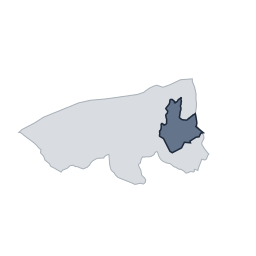 Gbapolu on a map of Liberia (orthographic projection), rotated 130°
{"feature_id": "LBR-1459", "entity_name": "Gbapolu", "entity_type": "County", "adm_level": 1, "iso_a3": "LBR", "parent_name": "Liberia", "parent_adm1": "", "projection": "orthographic", "projection_center": [-10.534, 7.419], "detail": "fine", "context": "in_parent", "style": "filled", "palette": "slate", "viewbox_px": 256, "rotation_deg": 130, "n_neighbors": 0, "source": "natural_earth", "source_scale": "10m", "svg_char_len": 3887}
<svg xmlns="http://www.w3.org/2000/svg" viewBox="0 0 256 256"><g transform="rotate(130 128 128)"><path d="M49.0,110.3L51.0,108.6L54.0,103.1L58.2,97.7L62.1,94.6L65.2,91.3L68.5,88.8L73.2,85.9L80.4,78.3L82.0,77.4L83.2,72.1L85.0,65.3L87.0,63.2L91.9,62.0L93.1,60.8L94.8,56.0L95.9,50.5L96.0,49.3L97.9,49.2L101.2,48.0L103.1,48.5L103.9,50.1L104.4,51.4L114.3,48.0L115.2,47.2L115.7,47.4L116.9,50.5L117.7,50.3L118.3,49.4L118.9,49.3L119.7,49.7L120.5,51.2L121.7,52.5L123.9,53.4L125.3,54.6L125.1,58.0L125.7,61.2L126.6,61.9L127.1,63.9L127.3,66.0L127.9,67.1L128.2,69.3L128.1,71.6L128.4,73.2L130.0,76.0L131.0,79.5L131.1,81.9L130.5,84.6L129.4,87.0L127.6,89.6L127.4,90.6L128.5,91.3L130.2,91.4L131.6,90.9L135.1,92.1L137.0,93.8L138.6,95.9L140.1,97.0L140.7,98.3L143.2,97.9L146.1,96.6L146.7,96.0L147.6,96.3L149.5,96.5L150.8,94.1L151.8,91.5L154.1,88.6L155.2,87.4L155.5,85.6L155.6,83.2L156.4,81.1L158.2,80.0L160.2,80.0L161.3,80.4L161.9,82.4L163.5,83.9L164.9,85.0L165.6,85.4L166.8,86.6L167.9,90.6L172.3,103.7L172.1,107.3L171.2,109.6L171.2,111.9L170.9,114.2L168.3,118.0L160.6,125.6L161.2,126.3L163.0,127.1L164.9,127.6L166.5,127.3L168.4,129.2L170.5,131.6L172.8,132.9L176.0,133.9L178.8,134.1L181.1,133.6L184.5,134.1L188.1,136.0L189.4,139.3L190.2,142.2L191.5,143.6L191.7,146.1L194.2,148.2L197.8,148.6L202.6,151.1L203.7,151.0L204.3,150.7L204.8,151.1L206.1,158.5L207.0,162.4L206.5,163.9L205.9,165.2L205.9,171.1L203.8,174.5L203.4,178.3L202.9,179.5L200.6,180.6L200.6,183.5L200.0,186.9L199.8,190.6L200.4,200.2L200.6,207.4L201.6,208.8L197.2,208.2L184.1,202.8L174.1,199.7L140.4,181.9L131.0,174.7L120.3,164.0L96.3,142.4L90.8,139.0L84.0,137.3L79.7,135.4L76.7,133.4L74.3,127.4L68.3,123.9L57.3,118.8L49.0,110.3Z" fill="#d9dde1" stroke="#a8b0b8" stroke-width="1"/><path d="M73.7,85.7L78.9,79.5L80.3,78.2L82.1,77.2L82.4,77.1L83.3,77.0L83.2,67.6L83.2,67.2L85.2,68.9L89.1,67.9L91.2,69.9L98.2,72.1L99.2,70.6L102.7,75.6L108.8,74.2L118.5,78.2L118.9,80.8L113.3,94.0L114.0,98.5L113.5,99.1L112.1,99.9L111.5,100.4L110.7,101.3L110.3,101.5L110.1,101.8L109.9,101.9L109.7,101.9L109.3,101.7L109.0,101.7L108.8,101.7L107.9,102.0L107.1,102.4L105.7,103.3L104.5,104.5L103.8,105.0L103.2,105.1L102.8,104.9L102.7,104.9L102.6,104.7L102.8,104.5L102.8,104.4L102.6,104.0L102.6,103.8L102.5,103.4L102.4,103.3L102.3,103.2L102.2,103.0L102.2,102.9L102.3,102.7L102.5,102.6L102.7,102.3L102.7,102.2L102.0,101.8L100.7,101.4L99.7,101.4L99.3,101.6L99.2,101.7L98.9,102.1L96.3,104.1L96.2,104.4L95.8,105.1L95.2,105.9L94.0,107.2L93.7,107.4L93.4,107.5L93.1,107.6L92.8,107.6L91.8,107.4L91.7,107.4L91.4,107.5L90.1,108.1L89.7,108.3L89.5,108.5L89.4,108.6L89.4,108.8L89.3,109.6L89.2,110.3L88.9,111.5L87.8,111.7L83.5,111.8L81.5,112.5L81.2,112.7L80.8,113.1L80.5,113.3L80.1,113.5L79.4,113.8L79.1,113.9L78.9,113.8L78.6,113.6L78.3,113.3L78.2,113.1L78.1,112.9L78.0,112.7L77.7,112.4L77.7,112.2L77.8,111.9L77.8,111.7L77.7,111.5L77.8,111.3L77.8,111.2L77.8,110.9L77.7,110.7L77.6,110.4L77.7,110.2L77.8,109.9L77.9,109.6L77.9,109.4L77.7,109.1L77.7,108.9L77.8,108.8L78.0,108.8L78.5,108.8L78.7,108.7L78.5,108.4L78.5,108.1L78.3,107.9L75.9,107.4L75.7,107.4L74.8,107.6L74.0,107.7L73.5,107.6L71.4,106.9L71.1,106.9L70.8,107.0L70.6,106.7L70.9,106.3L71.2,106.2L71.7,106.2L71.9,106.0L72.2,105.7L72.6,105.0L73.0,104.5L73.2,104.4L73.3,104.3L73.6,104.1L73.7,103.9L73.9,103.9L74.5,103.7L74.8,103.4L75.1,103.1L75.3,102.9L76.0,102.5L76.6,102.5L76.8,102.4L77.0,102.2L77.3,102.0L77.6,101.8L77.8,101.7L78.4,100.6L78.6,100.4L78.7,100.2L79.5,99.7L79.8,99.4L80.1,99.2L80.3,99.1L81.2,98.9L84.0,97.2L84.6,96.7L84.9,96.5L85.7,96.2L85.9,96.2L86.0,96.0L86.1,95.9L86.4,95.6L86.9,95.3L87.1,95.0L87.1,94.7L86.9,93.9L87.0,93.5L87.0,92.8L86.8,92.0L86.7,91.6L86.6,91.4L84.4,88.3L84.0,88.0L83.6,87.9L82.9,87.8L82.3,87.8L81.6,87.8L81.4,87.7L81.1,87.2L80.5,87.3L80.3,87.3L77.5,86.8L77.2,86.6L76.5,86.6L76.3,86.6L76.1,86.6L75.9,86.3L75.7,86.2L74.2,85.8L73.7,85.7Z" fill="#64748b" stroke="#1e293b" stroke-width="1.5"/></g></svg>